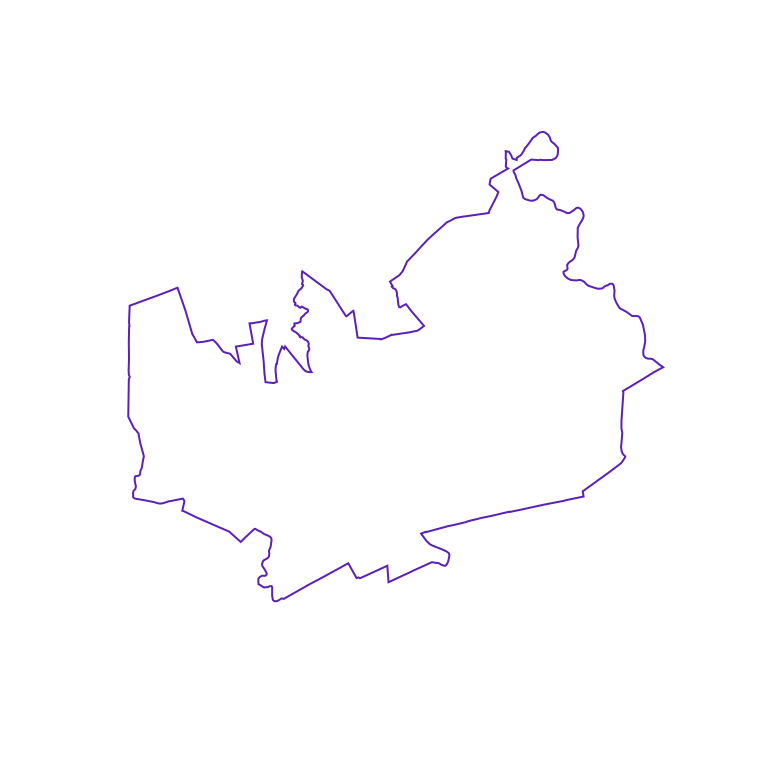 the district of Peris, Ilfov, Romania, rotated 58°
{"feature_id": "2599482B58955255250502", "entity_name": "Peris", "entity_type": "district", "adm_level": 2, "iso_a3": "ROU", "parent_name": "Romania", "parent_adm1": "Ilfov", "projection": "equal_earth", "projection_center": [25.999, 44.686], "detail": "fine", "context": "isolated", "style": "outline", "palette": "violet", "viewbox_px": 768, "rotation_deg": 58, "n_neighbors": 0, "source": "geoboundaries", "source_scale": "gbopen_adm2", "svg_char_len": 6129}
<svg xmlns="http://www.w3.org/2000/svg" viewBox="0 0 768 768"><g transform="rotate(58 384 384)"><path d="M253.3,155.0L251.0,157.4L252.3,158.0L257.4,161.4L258.4,161.3L264.0,165.4L265.4,165.4L267.0,164.6L266.4,184.8L270.8,188.8L281.7,185.3L283.7,187.8L285.7,190.8L292.5,202.3L294.5,204.6L283.8,228.6L281.1,235.1L280.9,236.5L280.7,241.1L280.2,244.9L283.1,261.9L284.3,268.5L284.8,270.4L284.7,270.5L287.1,279.6L289.5,288.0L292.5,300.0L293.3,300.8L298.3,308.5L299.9,313.5L300.3,324.7L305.5,324.8L305.5,325.8L307.3,325.6L308.6,324.7L309.8,324.1L311.2,324.1L313.0,324.5L316.3,326.3L318.1,326.7L323.9,329.6L326.7,330.4L327.6,329.7L327.6,326.9L328.0,323.0L337.1,322.1L356.0,319.3L356.6,327.0L353.7,335.0L346.5,351.5L346.2,351.6L346.1,353.6L345.5,358.5L344.7,362.6L344.2,363.3L343.9,363.2L330.7,381.8L309.2,372.5L305.7,371.2L305.7,372.3L306.7,379.9L306.1,380.3L276.2,380.7L273.0,382.6L245.1,393.6L245.2,393.8L248.7,396.5L250.2,397.3L253.6,398.2L255.8,400.6L256.8,400.2L257.6,400.3L259.1,403.4L259.6,406.8L260.4,408.4L261.4,409.7L264.0,415.0L265.3,416.2L266.2,416.6L267.2,416.6L268.5,416.2L269.5,417.4L270.2,417.5L270.6,417.2L271.7,415.9L273.9,415.3L275.1,414.4L274.7,412.9L274.9,412.6L278.9,410.5L279.8,409.5L280.3,409.3L281.2,409.3L282.1,409.9L282.5,411.1L282.6,413.3L283.4,416.2L283.8,418.9L284.2,419.6L285.3,420.6L287.0,421.9L287.0,422.5L286.6,423.8L286.6,425.2L285.1,427.8L285.4,428.2L287.2,428.8L287.5,429.2L287.3,430.0L287.8,430.8L287.9,431.9L288.4,433.1L289.4,433.3L291.0,432.7L293.1,431.5L294.7,430.9L297.9,430.1L298.3,429.8L299.1,430.4L299.7,430.4L300.2,430.2L300.2,429.5L300.5,429.1L301.3,428.3L302.5,428.3L304.4,427.6L305.7,426.7L307.7,426.0L310.2,426.5L311.7,428.1L313.9,428.5L315.0,429.0L315.8,429.8L316.1,431.3L318.2,433.2L320.2,434.4L325.7,437.0L328.5,438.1L333.3,439.1L335.5,439.1L334.2,441.4L332.6,442.9L330.9,444.0L327.9,444.6L299.8,448.0L301.3,450.1L298.2,450.6L303.7,458.1L305.4,460.0L310.2,464.3L309.9,464.7L311.7,466.4L314.6,468.6L324.0,473.3L325.4,473.6L324.8,477.0L319.7,483.5L312.1,480.0L301.5,474.3L285.2,466.4L281.3,463.5L274.1,456.2L268.0,449.5L266.8,452.3L265.9,455.8L263.7,460.8L263.2,462.5L261.3,465.9L280.5,473.6L273.8,489.8L289.7,495.4L286.6,497.0L276.9,498.4L272.8,502.3L271.3,503.3L269.1,503.6L262.6,504.2L260.2,504.5L255.9,505.7L252.4,515.1L249.6,520.5L240.7,520.1L240.4,520.2L216.2,513.4L192.9,508.1L191.2,517.8L188.5,531.3L182.8,558.2L196.7,567.6L200.1,569.2L200.0,569.5L201.9,570.8L214.0,578.7L219.5,582.0L227.5,586.9L237.2,593.4L241.0,595.5L243.3,595.9L244.8,597.9L276.2,618.2L289.0,619.5L292.2,618.8L296.3,618.4L297.0,619.0L305.2,622.1L318.0,625.9L321.3,629.1L326.8,633.8L328.4,636.4L331.0,638.5L331.8,639.6L331.5,641.4L330.6,643.4L330.7,644.5L333.4,646.4L336.8,647.8L339.3,648.6L341.3,650.5L341.9,652.9L343.6,654.8L345.3,655.4L346.1,656.3L347.4,656.7L348.9,656.1L350.5,654.6L351.8,653.0L353.4,651.3L355.4,649.0L362.1,641.8L364.8,639.5L366.7,637.4L367.8,635.1L368.4,633.0L369.3,629.5L369.2,629.0L370.1,627.3L374.6,615.3L376.7,615.2L377.7,615.4L384.6,622.2L385.5,621.4L397.6,613.8L427.2,593.5L442.0,589.2L440.8,583.9L438.2,570.6L438.7,569.9L441.3,568.6L443.8,566.8L447.8,565.1L451.3,562.6L453.1,561.6L454.8,561.3L456.9,562.1L462.0,566.5L463.2,568.1L464.0,569.4L465.1,570.3L467.2,571.2L469.3,573.0L469.8,574.3L470.0,575.7L469.8,579.7L470.0,580.2L471.8,582.6L473.0,583.3L473.8,583.6L479.2,583.5L482.1,583.8L482.8,584.0L483.5,584.7L483.7,585.9L483.5,586.8L482.0,589.0L481.8,591.3L482.1,592.5L482.7,593.9L487.2,596.5L489.5,595.2L491.7,594.4L493.1,593.3L494.7,590.0L495.0,587.7L495.5,586.9L496.2,586.4L497.0,586.5L504.5,591.2L508.2,592.6L509.3,592.4L510.1,592.0L511.1,590.6L511.6,588.5L511.6,584.5L512.5,583.3L513.1,583.0L514.3,554.7L515.6,535.7L517.1,509.3L534.1,510.1L534.5,508.1L535.8,507.5L536.1,506.7L539.9,477.5L554.5,485.2L557.7,459.5L557.6,459.4L560.5,437.7L563.1,434.9L564.6,432.9L565.3,432.3L568.0,431.0L570.1,429.1L570.6,428.3L570.6,427.6L569.9,425.7L568.4,423.5L564.0,419.3L562.4,418.7L561.5,418.7L558.6,420.0L555.0,422.4L547.2,428.2L544.2,430.0L539.3,431.2L530.5,431.8L531.5,426.9L531.9,426.9L538.5,405.0L540.7,399.1L544.5,387.8L544.7,386.3L546.2,381.3L547.1,378.9L549.1,372.6L553.0,362.2L558.6,345.6L559.0,345.6L562.0,337.5L571.3,311.7L578.3,293.6L579.5,289.7L585.2,274.4L580.3,272.3L580.3,272.0L578.2,240.7L576.8,225.0L575.8,222.4L573.9,218.4L573.3,217.8L570.5,218.4L569.1,218.5L567.3,218.2L563.5,216.6L551.7,207.8L547.7,206.3L541.3,202.3L517.8,185.3L516.6,185.2L517.0,162.4L517.0,148.9L517.7,138.4L513.6,140.1L505.5,142.9L503.7,144.6L502.5,146.6L500.7,148.1L498.3,148.8L496.5,148.5L492.9,146.3L490.9,144.1L486.0,139.7L480.7,136.7L471.2,133.1L464.0,131.9L462.7,131.9L461.2,132.6L460.3,133.5L459.0,135.9L457.7,137.6L451.8,139.9L447.6,142.2L445.6,143.5L443.9,144.1L437.5,143.8L433.9,143.2L431.2,142.1L427.0,139.0L422.8,137.3L421.1,136.9L419.7,137.5L418.7,139.5L418.8,142.2L418.3,143.5L418.1,145.2L418.4,146.4L418.6,148.3L417.1,151.2L416.0,152.7L409.1,158.6L406.4,159.5L403.1,160.2L400.3,161.9L399.0,163.7L398.3,165.6L396.7,168.0L394.7,170.5L391.9,172.2L388.3,173.3L385.5,173.2L384.0,172.4L384.0,170.7L384.3,169.0L383.6,167.3L380.1,165.6L379.1,163.5L378.8,161.2L378.7,158.1L377.8,155.5L372.8,150.4L371.3,147.5L369.8,145.8L362.2,142.1L354.2,136.9L352.1,133.3L349.3,127.8L347.6,125.9L345.6,124.8L343.2,124.2L341.3,124.3L339.3,124.6L337.4,125.8L336.7,127.5L337.2,131.4L337.3,135.7L336.2,138.2L334.2,139.2L329.9,142.4L327.7,144.8L325.3,145.0L322.4,143.9L319.9,143.4L317.8,143.8L316.5,144.8L313.4,146.7L308.2,148.9L306.5,150.8L306.7,152.4L307.5,154.3L308.2,156.5L307.7,159.9L306.6,162.0L305.4,163.4L302.1,166.2L300.0,167.2L292.8,165.0L285.3,163.6L279.5,162.8L276.1,161.7L273.4,161.8L271.5,161.0L271.7,140.2L276.3,134.0L276.5,132.8L278.7,130.1L283.1,122.6L283.4,118.7L282.4,116.1L279.9,113.8L275.8,111.3L275.5,111.3L273.9,111.7L271.2,112.1L267.9,113.3L266.8,113.5L265.8,113.5L262.4,112.7L259.1,112.8L256.0,114.2L254.8,115.1L254.3,115.9L253.4,118.2L253.2,119.8L254.0,123.8L254.1,126.9L254.2,127.9L254.9,129.2L256.9,134.0L258.1,137.3L258.7,139.4L260.4,142.1L262.2,145.8L262.5,147.8L262.6,151.6L264.3,152.8L260.9,155.6L257.1,154.9L253.3,155.0Z" fill="none" stroke="#5b21b6" stroke-width="2"/></g></svg>